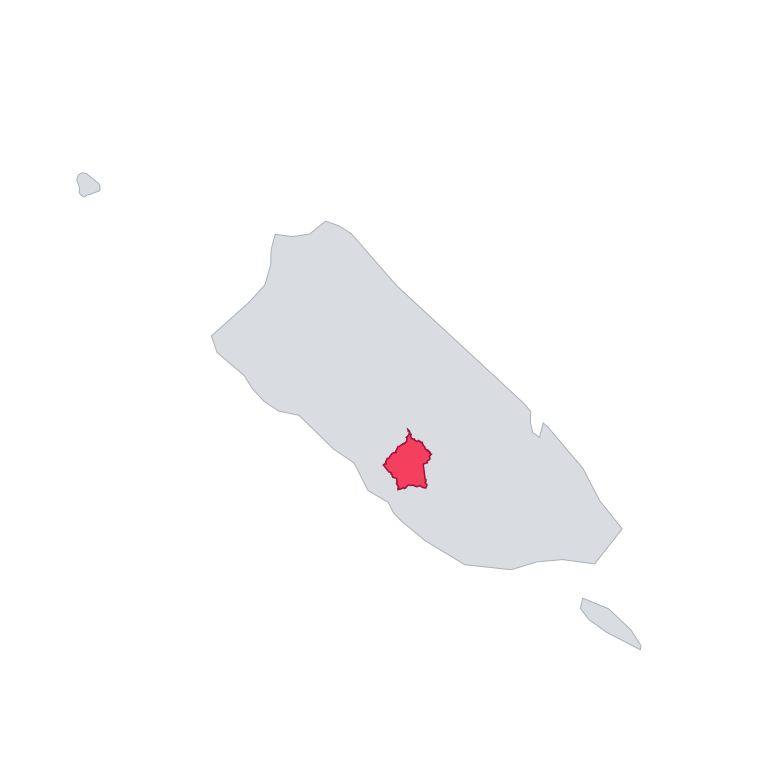 location of Coamo, Puerto Rico, rotated 41°
{"feature_id": "32010507B26629522791293", "entity_name": "Coamo", "entity_type": "district", "adm_level": 2, "iso_a3": "PRI", "parent_name": "Puerto Rico", "parent_adm1": "", "projection": "robinson", "projection_center": [-66.366, 18.096], "detail": "fine", "context": "in_parent", "style": "filled", "palette": "rose", "viewbox_px": 768, "rotation_deg": 41, "n_neighbors": 0, "source": "geoboundaries", "source_scale": "gbopen_adm2", "svg_char_len": 3947}
<svg xmlns="http://www.w3.org/2000/svg" viewBox="0 0 768 768"><g transform="rotate(41 384 384)"><path d="M519.4,316.7L528.0,323.1L536.4,322.2L529.7,309.0L535.9,309.0L589.2,317.1L623.5,330.6L658.8,337.1L661.0,381.6L633.9,399.4L616.1,417.9L601.7,440.8L563.7,467.3L517.8,475.3L487.3,476.0L475.9,475.1L464.8,470.6L441.8,474.9L413.3,463.2L388.9,466.2L340.4,463.4L322.3,473.5L304.9,475.8L287.8,473.9L273.3,469.4L237.4,469.7L222.2,461.0L228.6,410.3L229.1,387.4L220.3,368.4L210.6,356.5L203.7,342.4L217.8,333.2L229.4,319.7L233.1,299.4L245.8,294.4L260.6,292.0L329.3,301.5L503.0,306.9L512.8,308.5L519.4,316.7ZM715.4,425.3L693.6,427.3L679.4,424.6L674.6,415.2L701.0,406.3L731.9,407.6L749.6,412.9L751.8,416.4L715.4,425.3ZM34.2,439.9L31.5,440.2L28.9,439.9L27.8,439.0L26.0,436.1L18.0,431.3L16.2,426.9L18.0,422.3L21.3,420.4L37.4,419.9L39.0,420.3L42.2,423.6L42.3,425.8L40.7,428.1L37.9,433.6L36.7,435.0L35.7,436.5L35.4,439.0L34.2,439.9Z" fill="#d9dde1" stroke="#a8b0b8" stroke-width="1"/><path d="M451.4,403.5L451.2,403.1L450.9,403.7L450.2,403.9L449.9,403.6L449.1,404.0L448.7,403.7L448.3,404.0L448.0,403.8L447.2,403.9L447.2,404.4L446.8,405.3L446.5,405.4L446.3,405.9L445.3,406.0L444.6,406.1L443.8,406.4L443.6,405.8L442.9,405.6L442.5,406.1L442.2,406.6L441.2,406.9L441.0,406.6L440.3,406.8L439.6,406.4L439.1,406.3L438.3,405.9L438.0,405.3L438.0,404.7L437.6,404.1L437.2,404.4L436.3,404.4L435.9,404.2L435.5,403.7L434.1,402.9L431.9,402.6L431.7,402.6L432.1,402.9L432.9,403.3L433.1,403.7L434.5,403.6L435.0,403.9L435.9,405.8L436.1,406.6L436.0,406.8L436.2,408.0L436.2,408.6L435.9,408.9L436.2,409.1L436.1,409.5L436.4,409.4L437.2,410.2L437.4,410.7L437.8,410.9L438.3,411.9L438.5,412.0L438.8,412.7L438.6,413.1L438.6,413.9L438.9,414.4L438.5,414.5L438.2,415.7L438.3,416.2L437.8,416.1L437.6,416.7L437.4,416.8L437.4,417.8L437.0,418.7L436.7,419.7L436.6,421.2L435.6,421.9L435.6,422.4L435.9,423.2L436.4,423.7L436.3,424.6L436.5,425.0L436.7,426.5L437.0,426.9L437.8,427.2L438.2,427.6L438.1,427.9L437.4,428.1L437.1,428.7L437.1,429.1L436.5,429.4L436.0,430.0L436.1,430.5L435.6,431.7L435.9,432.5L435.7,432.8L436.1,434.0L435.8,434.7L436.5,436.2L436.0,437.3L435.5,437.7L435.8,437.9L435.4,438.8L435.6,439.0L436.3,441.6L436.8,442.1L437.4,442.2L437.4,442.5L437.0,443.1L437.0,443.6L437.5,443.5L436.9,444.3L436.6,445.5L445.5,447.2L446.1,446.7L447.4,446.2L448.0,446.4L448.2,446.9L448.3,446.7L449.5,447.1L450.3,448.0L451.1,448.2L452.0,448.7L452.2,448.4L452.8,448.3L453.5,447.7L455.0,447.2L456.2,447.3L456.7,448.3L457.6,449.1L458.5,449.3L458.3,449.7L458.5,450.1L458.5,450.7L458.6,450.8L459.4,451.2L459.8,451.2L460.1,451.4L460.4,451.5L460.6,451.7L460.8,451.7L461.0,451.6L461.5,451.7L462.0,451.8L462.1,452.1L462.4,452.5L462.6,452.8L463.0,453.1L463.0,453.7L463.3,454.0L463.6,453.7L463.9,454.1L463.9,453.6L463.5,452.9L464.0,452.8L464.9,453.2L465.5,452.4L465.9,451.2L466.5,450.2L466.7,449.6L467.4,449.5L467.8,449.6L468.0,449.0L468.6,448.4L468.4,448.0L468.0,447.8L468.6,446.5L468.3,444.9L469.3,443.8L469.7,443.7L471.0,442.9L471.1,442.6L471.7,442.0L472.0,441.5L472.3,441.4L472.6,440.9L473.1,440.9L474.1,440.9L476.2,440.0L476.7,439.0L477.2,438.4L477.6,437.3L477.7,437.0L478.6,436.9L480.2,437.0L481.0,436.8L482.2,436.0L483.2,435.6L483.8,434.8L483.3,434.3L483.1,432.7L482.3,431.7L481.3,431.8L480.5,431.5L480.3,431.3L479.5,431.4L479.6,430.7L479.4,430.3L479.5,429.9L478.3,428.5L477.8,428.7L477.1,428.6L474.7,426.4L473.4,425.2L469.0,421.3L466.2,418.8L467.0,417.3L467.6,416.1L468.3,415.5L468.4,414.9L467.6,414.8L467.3,414.2L467.3,413.5L468.0,411.0L467.8,410.4L467.4,410.2L467.0,409.5L466.0,409.3L465.6,408.8L465.8,408.2L465.8,406.5L465.8,406.1L465.3,406.4L465.1,406.0L464.4,406.0L464.4,406.3L463.8,406.4L463.5,406.0L463.5,405.3L462.6,405.3L462.3,405.5L461.8,405.2L461.3,405.1L460.9,406.0L460.5,406.1L460.5,405.7L460.3,405.3L459.9,405.6L459.0,405.5L458.2,406.0L457.7,406.1L456.7,405.4L456.5,404.9L455.4,404.7L454.5,404.6L453.9,404.8L453.1,404.0L451.4,403.5Z" fill="#f43f5e" stroke="#9f1239" stroke-width="1.5"/></g></svg>